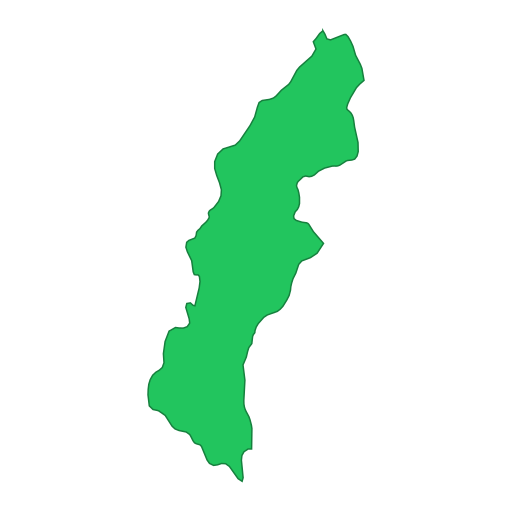 SVG path tracing the border of Mahakali
{"feature_id": "NPL-1128", "entity_name": "Mahakali", "entity_type": "Administrative Zone", "adm_level": 1, "iso_a3": "NPL", "parent_name": "Nepal", "parent_adm1": "", "projection": "equal_earth", "projection_center": [80.565, 29.386], "detail": "fine", "context": "isolated", "style": "filled", "palette": "green", "viewbox_px": 512, "rotation_deg": 0, "n_neighbors": 0, "source": "natural_earth", "source_scale": "10m", "svg_char_len": 2705}
<svg xmlns="http://www.w3.org/2000/svg" viewBox="0 0 512 512"><path d="M345.8,34.4L348.0,36.6L350.6,41.1L353.0,46.4L355.6,55.3L360.3,64.3L361.9,68.4L364.0,80.4L359.6,84.2L356.4,87.7L350.4,97.8L347.7,103.9L346.7,107.4L346.9,109.2L347.9,110.2L349.4,111.4L351.0,113.1L352.3,115.3L353.2,117.8L353.7,120.5L354.6,127.2L358.0,142.5L358.2,151.6L357.0,156.1L354.7,159.1L351.9,160.0L347.5,160.5L346.1,161.0L339.7,165.2L337.7,165.9L336.1,166.1L334.3,166.0L332.2,166.1L324.5,168.1L318.5,171.2L314.4,174.9L311.6,176.3L309.1,176.7L305.7,176.0L303.0,176.8L297.9,181.7L297.1,183.2L296.5,185.7L296.9,187.4L298.0,189.8L298.8,193.0L299.5,197.3L299.5,203.5L298.7,206.8L297.3,209.5L295.2,211.8L293.6,215.9L294.0,218.6L296.2,220.4L302.0,222.2L306.5,222.8L307.7,223.3L308.5,224.0L308.9,224.5L313.4,231.7L323.5,243.4L317.1,253.2L310.5,257.6L301.8,260.9L298.7,264.4L295.8,273.1L293.0,278.7L291.7,282.8L290.8,286.7L290.5,290.1L289.1,295.5L286.8,300.0L282.9,306.3L280.2,309.2L277.3,311.4L267.4,314.9L263.8,317.3L258.3,323.5L256.2,327.0L255.0,330.6L254.8,332.7L253.3,334.7L252.6,336.5L251.8,343.6L248.8,347.6L247.6,351.5L246.3,357.1L243.0,364.9L244.9,380.2L243.8,400.6L243.9,404.1L244.4,407.0L244.9,408.7L245.9,411.1L248.9,416.7L250.0,419.8L251.4,425.2L251.9,428.5L251.6,448.5L251.6,449.0L248.1,449.0L244.0,451.7L241.9,455.5L241.4,460.2L243.1,477.7L242.1,481.3L238.1,478.7L229.4,466.4L225.6,463.7L221.5,463.5L217.6,464.8L213.6,465.4L209.5,463.4L207.1,460.0L201.5,446.4L200.0,444.8L196.2,443.7L194.5,442.8L193.0,440.7L190.8,436.3L189.7,434.5L186.2,432.0L179.0,430.5L175.0,428.9L172.1,426.2L165.2,415.4L158.6,410.8L156.8,410.3L153.0,409.5L149.3,405.9L148.0,394.8L148.2,389.3L148.8,384.3L150.2,379.7L152.7,375.2L155.9,372.2L159.3,370.2L162.3,367.5L164.0,362.7L163.4,353.7L165.1,341.5L169.1,331.1L175.5,327.5L179.0,328.0L183.3,328.1L187.2,326.7L189.7,323.1L189.2,318.9L185.8,307.4L186.8,303.5L190.4,302.9L193.0,305.3L194.9,305.8L199.2,287.9L200.0,281.5L199.4,276.4L197.9,274.8L196.1,274.9L194.3,274.6L193.2,271.8L191.7,260.7L187.4,251.8L185.9,247.2L186.7,242.3L188.9,240.4L194.8,238.1L196.1,235.6L196.6,232.1L198.0,230.3L199.9,228.7L201.8,225.9L205.9,222.2L207.7,220.1L209.1,217.7L209.2,216.3L208.7,214.8L208.4,213.1L209.2,211.2L210.3,210.1L212.8,208.5L214.0,207.5L218.6,201.5L221.0,195.8L221.4,189.8L219.5,182.7L216.7,175.4L214.7,168.5L214.7,161.6L217.7,154.0L223.1,148.9L235.3,145.1L239.7,140.9L250.1,125.5L254.7,117.0L257.4,107.2L259.1,102.5L262.2,100.5L269.5,99.4L273.5,98.0L276.1,96.0L281.4,90.2L288.7,84.4L290.7,81.8L296.8,70.4L299.6,67.0L311.9,56.1L316.0,49.0L313.3,41.7L316.1,38.5L319.7,33.5L322.9,30.8L322.9,30.7L324.9,34.1L326.9,38.9L330.5,39.9L344.2,34.5L345.8,34.4Z" fill="#22c55e" stroke="#15803d" stroke-width="1.5"/></svg>